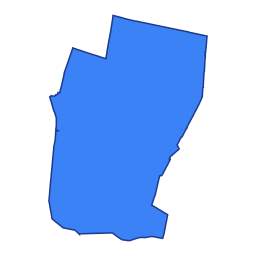 Coacalco de Berriozábal, México, Mexico (Mercator projection)
{"feature_id": "50627088B41912886013432", "entity_name": "Coacalco de Berriozábal", "entity_type": "district", "adm_level": 2, "iso_a3": "MEX", "parent_name": "Mexico", "parent_adm1": "México", "projection": "mercator", "projection_center": [-99.1, 19.626], "detail": "fine", "context": "isolated", "style": "filled", "palette": "blue", "viewbox_px": 256, "rotation_deg": 0, "n_neighbors": 0, "source": "geoboundaries", "source_scale": "gbopen_adm2", "svg_char_len": 5279}
<svg xmlns="http://www.w3.org/2000/svg" viewBox="0 0 256 256"><path d="M79.5,234.4L79.5,233.8L82.3,233.8L85.1,233.7L87.9,233.6L90.8,233.5L93.7,233.4L96.7,233.3L99.6,233.3L102.5,233.2L105.4,233.1L108.3,233.0L111.3,232.9L111.8,232.9L112.6,233.2L113.1,233.5L114.2,234.3L115.0,234.8L116.1,235.8L117.0,236.3L118.3,237.4L119.9,238.3L121.3,239.3L122.2,239.7L123.0,240.0L123.9,240.0L125.6,240.2L127.0,240.5L128.5,240.6L129.2,240.6L129.8,240.6L130.6,240.4L131.3,240.2L133.5,239.3L134.3,239.1L135.9,238.6L136.9,238.2L138.2,238.0L139.6,237.7L140.5,237.4L141.9,237.4L142.6,237.5L143.6,237.5L144.8,237.6L145.8,237.4L146.8,237.3L148.0,237.1L149.1,236.9L150.0,236.7L150.7,236.6L151.4,236.5L152.1,236.5L153.3,236.7L154.6,236.8L155.3,236.9L156.9,237.4L157.7,237.5L159.1,237.8L160.9,238.1L162.7,238.4L163.4,235.8L164.1,233.3L164.7,230.2L165.2,227.7L165.7,224.8L166.2,222.2L166.7,220.0L167.0,218.0L167.4,216.1L167.7,214.7L161.5,211.0L158.0,208.9L156.1,207.7L154.6,206.8L153.5,206.2L151.7,205.0L154.1,197.9L154.8,196.2L155.3,194.6L157.0,187.2L158.7,179.8L159.3,177.5L159.6,175.9L161.0,175.6L161.7,175.6L162.3,174.7L163.5,172.5L165.6,168.4L167.9,164.2L168.3,163.2L169.2,161.6L170.2,159.6L169.7,159.3L169.2,158.9L169.4,158.5L169.4,158.4L169.6,158.3L169.9,158.1L170.1,158.0L170.0,157.6L170.0,157.3L170.1,157.0L170.4,156.6L170.5,156.5L170.7,156.3L171.3,155.9L171.7,155.5L172.2,155.1L172.6,154.7L173.0,154.4L173.4,154.0L174.0,153.5L174.3,153.2L174.8,152.8L175.4,152.3L175.7,152.0L176.3,151.5L176.6,151.2L177.2,150.7L177.5,150.5L178.1,150.0L178.3,149.7L178.8,149.3L179.2,148.9L177.7,146.0L177.1,144.7L177.3,144.5L177.4,144.3L177.6,143.9L178.4,142.5L179.9,139.7L180.1,139.2L180.4,138.6L180.6,138.3L180.8,137.9L181.3,137.0L181.8,137.2L182.4,136.2L184.7,131.8L185.9,129.5L186.5,128.3L186.8,127.9L187.1,127.9L187.2,126.8L187.3,126.5L187.8,125.7L188.3,124.6L192.1,117.5L192.4,117.0L193.2,115.4L194.0,113.9L194.8,112.2L195.6,110.8L196.7,108.8L197.3,107.4L197.5,107.2L197.8,106.5L199.2,103.8L199.8,102.4L200.3,101.4L201.5,98.4L201.8,98.1L201.9,97.9L202.0,97.5L202.0,96.9L202.3,96.6L202.6,91.0L202.9,87.6L203.4,87.3L203.2,86.8L203.7,77.6L203.8,76.3L204.0,72.8L204.2,72.0L204.4,71.5L204.5,69.1L204.6,66.6L204.8,63.3L204.9,60.7L205.2,57.8L205.4,56.7L205.4,55.1L205.2,55.3L205.1,55.2L205.0,54.9L205.0,54.4L205.1,54.0L205.3,53.7L205.4,53.4L205.0,52.7L204.9,52.3L205.3,52.4L205.7,52.4L205.7,52.5L205.8,50.5L206.1,47.6L206.2,45.7L206.5,42.9L206.7,39.7L206.7,39.4L207.1,36.1L205.2,35.7L204.0,35.4L202.1,35.0L200.9,34.8L200.2,34.6L199.6,34.5L198.7,34.3L198.4,34.2L197.3,34.0L197.1,34.0L196.9,33.9L195.8,33.7L194.6,33.4L193.9,33.3L193.5,33.2L193.3,33.1L192.3,32.9L191.9,32.9L190.6,32.7L190.0,32.5L189.4,32.3L188.7,32.0L188.2,31.9L187.0,31.6L186.5,31.5L185.2,31.3L183.3,30.9L182.4,30.7L179.8,30.2L176.8,29.6L176.2,29.4L175.6,29.3L174.6,29.1L173.7,28.9L173.0,28.8L171.8,28.5L170.7,28.3L169.8,28.1L169.3,28.0L168.8,27.9L167.4,27.6L166.3,27.4L165.5,27.2L164.5,27.0L163.5,26.8L162.4,26.6L161.5,26.4L160.5,26.2L159.9,26.1L159.5,26.0L159.2,25.9L158.5,25.8L157.7,25.6L157.2,25.5L155.5,25.2L154.4,24.9L153.6,24.8L152.7,24.6L151.9,24.4L151.7,24.3L150.5,24.1L149.5,23.9L148.6,23.7L147.2,23.4L146.5,23.3L145.6,23.1L144.7,22.9L143.7,22.7L142.7,22.5L141.8,22.3L141.2,22.2L140.8,22.1L140.2,22.0L139.8,21.9L138.8,21.6L137.9,21.5L136.9,21.2L135.4,21.1L134.4,20.9L133.2,20.6L132.2,20.4L129.3,19.7L128.8,19.6L128.4,19.5L124.9,18.6L123.6,18.2L122.5,17.9L121.8,17.7L121.4,17.6L120.0,17.2L114.9,15.9L113.0,15.4L112.8,17.5L112.6,19.2L112.4,20.3L111.9,23.4L111.9,23.5L111.4,26.7L110.9,29.4L110.9,29.9L110.4,32.8L109.9,35.2L109.8,35.9L109.2,39.1L108.9,40.3L108.9,40.7L108.4,43.3L108.3,44.1L107.7,47.5L107.4,49.3L107.1,50.5L107.0,51.7L106.8,53.6L106.2,56.5L106.1,58.7L103.2,57.8L102.4,57.6L102.2,57.6L101.9,57.5L99.8,56.7L99.5,56.6L99.1,56.5L97.5,56.0L95.8,55.5L95.2,55.3L93.8,54.9L91.9,54.3L91.3,54.1L90.7,53.9L89.6,53.5L89.2,53.4L88.6,53.2L86.3,52.5L85.8,52.3L82.0,51.0L81.6,50.9L80.6,50.5L77.9,49.7L76.3,49.1L76.0,49.0L75.9,49.0L75.7,48.9L74.6,48.5L73.5,48.2L72.8,47.9L72.8,48.0L70.1,55.9L69.1,58.8L68.6,60.2L67.3,64.0L66.1,67.5L65.1,70.2L64.2,73.0L64.4,73.1L64.2,73.8L64.0,74.5L63.6,76.5L63.2,78.2L62.8,79.9L62.7,80.7L62.3,82.3L62.0,83.7L61.8,84.6L61.6,85.3L61.3,86.7L60.9,87.8L60.7,88.6L60.3,90.0L60.1,90.9L59.9,92.4L59.8,92.8L58.2,92.4L57.9,93.0L57.7,93.4L57.6,93.8L57.7,94.1L57.5,94.5L56.1,94.8L55.7,94.8L55.5,95.1L55.2,95.7L54.9,95.9L54.5,96.1L54.1,96.2L53.6,96.1L53.3,96.0L52.8,96.0L52.2,96.1L51.4,95.6L51.2,95.6L50.5,96.5L50.1,96.7L49.7,96.9L50.3,99.0L50.6,100.0L50.8,100.5L51.5,102.7L51.9,104.2L52.3,105.6L53.1,108.4L53.2,108.8L54.0,111.3L54.8,112.8L55.2,114.4L55.5,115.3L55.6,115.7L56.2,117.3L56.3,119.5L56.3,122.6L56.3,123.4L56.3,125.4L56.1,127.5L55.7,129.8L56.7,130.1L57.1,130.2L58.1,130.7L56.8,131.1L55.8,131.3L55.7,131.4L55.7,131.7L55.5,135.6L55.2,139.9L54.8,141.8L54.3,144.4L53.8,147.1L53.6,149.8L53.3,152.6L53.1,155.3L52.8,158.0L52.6,160.7L52.3,163.4L52.1,166.2L51.8,168.9L51.6,171.6L51.3,174.3L51.1,177.0L50.8,179.8L50.5,182.5L50.3,185.2L50.0,188.3L49.7,191.5L49.5,194.6L49.2,197.8L48.9,200.9L49.5,203.9L50.0,206.9L50.5,209.9L51.1,212.9L51.6,215.9L52.1,218.8L54.3,220.7L56.5,222.5L58.8,224.3L61.0,226.1L63.2,227.9L67.6,228.7L71.4,229.5L74.6,230.1L75.1,230.2L79.5,234.4Z" fill="#3b82f6" stroke="#1e3a8a" stroke-width="1.5"/></svg>